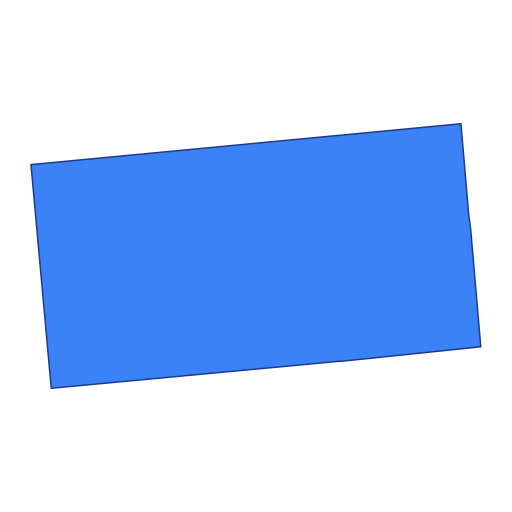 Schleicher, Texas, United States of America, rotated 175°
{"feature_id": "52423323B17811041209466", "entity_name": "Schleicher", "entity_type": "district", "adm_level": 2, "iso_a3": "USA", "parent_name": "United States of America", "parent_adm1": "Texas", "projection": "albers", "projection_center": [-100.712, 30.897], "detail": "fine", "context": "isolated", "style": "filled", "palette": "blue", "viewbox_px": 512, "rotation_deg": 175, "n_neighbors": 0, "source": "geoboundaries", "source_scale": "gbopen_adm2", "svg_char_len": 274}
<svg xmlns="http://www.w3.org/2000/svg" viewBox="0 0 512 512"><g transform="rotate(175 256 256)"><path d="M40.0,146.0L39.8,263.5L40.5,278.5L40.3,369.9L472.2,366.7L471.5,142.1L182.7,143.9L179.3,143.7L40.0,146.0Z" fill="#3b82f6" stroke="#1e3a8a" stroke-width="1.5"/></g></svg>